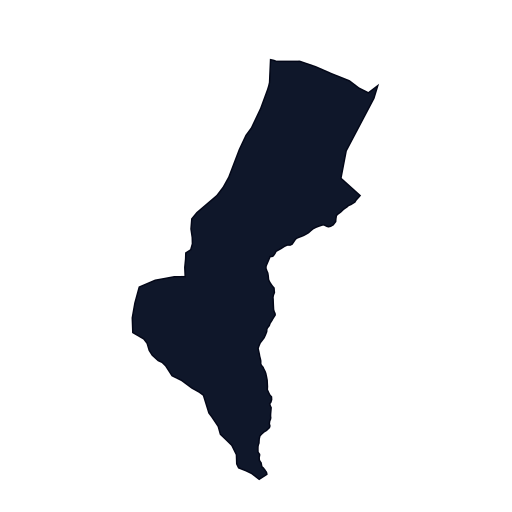 Ag Geneina, Western Darfur, Sudan (Equal Earth projection), rotated 203°
{"feature_id": "16777658B14333470072302", "entity_name": "Ag Geneina", "entity_type": "district", "adm_level": 2, "iso_a3": "SDN", "parent_name": "Sudan", "parent_adm1": "Western Darfur", "projection": "equal_earth", "projection_center": [22.252, 13.37], "detail": "fine", "context": "isolated", "style": "filled", "palette": "ink", "viewbox_px": 512, "rotation_deg": 203, "n_neighbors": 0, "source": "geoboundaries", "source_scale": "gbopen_adm2", "svg_char_len": 3120}
<svg xmlns="http://www.w3.org/2000/svg" viewBox="0 0 512 512"><g transform="rotate(203 256 256)"><path d="M339.5,137.4L326.9,135.8L322.1,133.1L317.4,127.4L312.8,124.2L305.1,121.5L300.8,121.4L296.2,119.6L286.5,113.0L275.9,112.4L263.4,109.4L255.0,108.5L250.0,107.3L238.0,93.1L234.0,90.8L224.2,84.4L219.1,78.0L211.4,75.1L204.3,72.3L196.4,65.5L192.5,57.1L189.2,54.2L181.3,54.4L175.0,54.1L166.6,51.9L165.8,51.7L165.1,52.8L164.6,53.5L160.7,59.3L161.4,60.4L162.2,61.2L162.9,61.6L163.1,61.7L163.3,61.8L164.0,62.3L164.2,62.5L165.0,62.9L166.4,63.7L166.9,63.9L168.0,64.1L168.1,64.3L168.3,64.3L169.5,66.1L170.6,67.7L170.8,67.8L171.3,68.0L171.5,68.2L173.1,69.3L174.3,71.6L174.9,74.2L175.3,74.9L175.7,75.1L177.3,76.1L177.5,76.2L178.7,78.8L179.7,81.3L180.1,83.1L180.2,85.0L180.8,86.6L181.6,88.9L182.1,91.9L181.3,94.2L179.9,97.2L178.2,99.5L176.6,103.2L176.8,105.0L178.2,106.8L178.9,109.4L178.9,111.4L179.2,112.8L180.1,114.4L180.9,116.5L181.8,119.3L182.8,122.3L184.3,123.6L185.7,125.3L185.2,127.1L185.5,129.9L186.7,132.4L188.7,133.3L188.8,133.3L190.7,134.9L193.4,137.4L194.4,140.2L197.2,146.0L199.0,148.7L201.1,151.7L202.6,153.3L204.9,155.2L206.0,156.3L208.2,157.4L209.4,158.4L210.1,160.0L210.5,161.0L210.9,161.7L211.8,163.0L213.5,165.2L214.5,166.8L218.0,171.8L218.0,172.0L218.2,174.7L218.2,177.7L217.5,180.3L216.6,183.9L216.5,186.9L216.6,190.5L217.5,193.2L217.5,193.4L217.2,195.0L216.6,197.1L216.8,199.4L216.1,203.5L216.1,204.2L215.3,209.2L216.1,210.6L217.5,211.8L218.9,213.6L220.8,217.5L221.9,219.8L223.3,222.8L224.2,224.5L224.7,226.7L224.8,229.6L225.4,230.7L226.0,231.8L226.1,232.0L226.2,232.3L226.3,232.4L226.9,233.6L228.4,234.3L229.7,235.0L230.8,235.7L231.7,236.3L232.1,236.6L232.5,236.8L233.9,237.9L235.3,239.3L236.5,241.6L237.3,243.0L238.5,244.9L240.0,246.3L240.4,246.7L242.1,248.6L242.7,250.4L242.8,250.9L242.8,253.2L242.8,255.5L242.8,257.5L242.8,259.5L242.8,261.0L241.3,261.7L240.4,262.4L239.9,264.0L239.7,265.1L239.6,265.5L239.5,266.4L239.4,268.1L235.8,272.7L233.6,276.0L231.5,278.3L228.8,279.4L227.4,281.0L226.2,287.0L225.2,288.6L223.3,290.5L222.3,291.4L220.2,293.5L218.6,295.5L216.8,297.9L215.5,300.7L214.1,303.4L212.0,305.9L209.8,308.0L207.0,310.5L205.5,311.2L204.0,311.1L202.2,311.0L200.7,311.2L198.8,312.6L198.3,313.4L197.8,314.0L197.1,314.9L196.7,316.6L196.1,318.8L197.0,321.4L197.8,324.6L197.1,326.4L195.2,329.6L194.1,332.2L193.8,332.9L193.0,334.3L191.5,336.6L191.3,337.0L190.6,338.6L189.7,339.5L188.7,340.5L188.1,341.4L187.3,342.5L187.0,343.0L186.1,344.2L185.8,346.2L185.6,346.9L185.0,348.7L184.4,350.4L183.8,352.3L208.2,360.7L214.1,388.1L209.1,447.2L210.5,460.3L216.3,450.1L227.1,450.8L238.4,453.7L258.0,453.3L274.8,453.5L291.8,452.3L313.7,443.0L313.9,443.0L315.0,443.1L316.7,442.9L319.3,442.4L311.3,421.0L310.7,417.6L310.3,413.6L309.3,393.7L310.2,372.1L312.3,363.2L312.9,347.5L311.8,318.0L313.0,306.6L315.5,296.6L316.0,295.5L327.3,272.9L329.6,265.1L326.4,255.5L321.9,248.1L319.3,242.4L318.5,236.2L321.8,231.4L319.6,225.7L317.1,217.7L313.1,209.3L323.2,204.9L327.6,202.0L331.2,199.6L339.3,194.3L351.3,181.8L351.0,179.4L349.1,165.4L345.7,150.7L339.5,137.4Z" fill="#0f172a" stroke="#020617" stroke-width="1.5"/></g></svg>